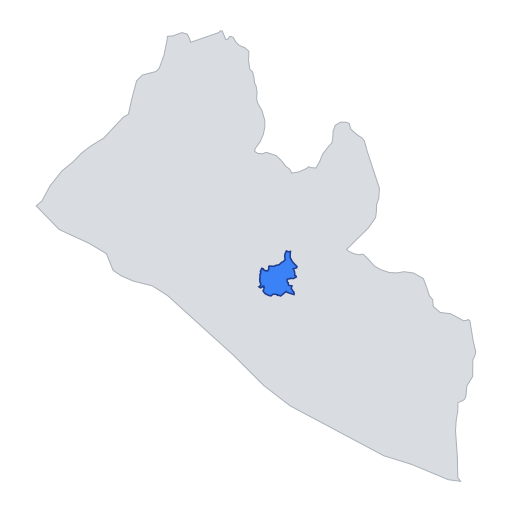 Doedain, River Cess, Liberia shown in context
{"feature_id": "62588387B34334652858528", "entity_name": "Doedain", "entity_type": "district", "adm_level": 2, "iso_a3": "LBR", "parent_name": "Liberia", "parent_adm1": "River Cess", "projection": "orthographic", "projection_center": [-9.275, 6.287], "detail": "fine", "context": "in_parent", "style": "filled", "palette": "blue", "viewbox_px": 512, "rotation_deg": 0, "n_neighbors": 0, "source": "geoboundaries", "source_scale": "gbopen_adm2", "svg_char_len": 4807}
<svg xmlns="http://www.w3.org/2000/svg" viewBox="0 0 512 512"><path d="M36.2,205.9L41.8,201.1L50.2,185.7L61.9,170.9L72.8,162.1L81.5,153.1L90.6,146.1L103.7,138.1L123.7,116.8L128.4,114.3L131.6,99.6L136.6,80.8L142.4,75.0L156.0,71.5L159.2,68.3L164.0,55.1L167.2,39.6L167.4,36.3L172.8,35.9L181.9,32.6L187.2,34.1L189.5,38.5L190.7,42.3L218.4,32.7L220.8,30.7L222.3,31.1L225.8,39.7L227.8,39.2L229.4,36.7L231.3,36.5L233.4,37.6L235.6,41.7L239.1,45.3L245.1,47.9L248.9,51.4L248.5,60.6L249.9,69.6L252.5,71.7L253.9,77.1L254.6,83.0L256.1,86.1L257.1,92.1L256.6,98.5L257.6,103.0L262.0,110.7L264.8,120.5L264.8,127.4L263.2,134.7L260.3,141.4L255.1,148.7L254.7,151.5L257.7,153.4L262.4,153.8L266.3,152.3L276.1,155.6L281.2,160.4L285.8,166.3L289.8,169.3L291.7,173.1L298.6,172.0L306.7,168.4L308.4,166.7L310.8,167.6L316.0,168.0L319.7,161.5L322.6,154.1L328.9,146.0L331.9,142.9L332.8,137.8L333.1,131.1L335.3,125.3L340.5,122.1L346.1,122.2L349.2,123.4L350.7,128.9L355.2,133.2L359.0,136.1L361.1,137.3L364.3,140.6L367.4,151.9L379.4,188.3L378.8,198.3L376.5,204.8L376.4,211.3L375.6,217.6L368.3,228.0L346.7,249.3L348.4,251.1L353.6,253.6L358.8,254.8L363.1,254.1L368.6,259.5L374.4,266.1L380.6,269.6L389.5,272.6L397.3,272.9L404.0,271.7L413.3,273.0L423.3,278.5L426.8,287.7L429.3,295.6L432.7,299.6L433.2,306.5L440.3,312.5L450.4,313.7L463.5,320.7L466.9,320.3L468.3,319.5L469.9,320.8L473.2,341.2L475.8,352.1L474.5,356.5L472.8,359.9L472.7,376.4L466.8,386.0L465.9,396.4L464.2,399.7L457.9,402.8L457.8,410.7L456.2,420.4L455.5,430.7L457.4,457.5L457.8,477.5L460.6,481.3L448.3,479.7L411.9,464.5L383.9,455.8L290.2,405.9L264.1,385.8L234.2,355.9L167.6,295.6L152.4,285.9L133.3,281.1L121.5,276.0L113.1,270.4L106.4,253.7L89.8,243.7L59.1,229.5L36.2,205.9Z" fill="#d9dde1" stroke="#a8b0b8" stroke-width="1"/><path d="M280.7,296.0L282.9,294.2L284.6,292.7L285.7,291.7L285.7,291.8L287.9,292.6L289.3,293.1L294.1,294.6L294.2,294.2L294.1,293.6L294.0,293.4L294.0,292.2L293.9,292.1L293.8,291.9L293.1,291.4L292.4,290.0L292.2,289.8L291.6,289.0L291.4,288.8L291.3,288.6L291.2,288.4L291.3,288.3L291.8,286.4L292.0,285.8L290.8,285.7L289.5,285.5L288.5,285.2L288.3,283.9L288.3,283.6L288.3,283.4L288.2,282.6L287.4,282.2L287.2,281.7L287.1,280.7L287.2,279.6L287.2,279.1L289.8,278.8L289.9,278.7L290.0,278.7L290.2,278.3L290.3,278.4L291.2,278.4L293.0,278.6L293.9,278.3L296.3,277.0L295.9,275.8L295.8,275.7L294.8,275.6L294.8,274.5L294.7,273.1L294.5,271.4L293.4,269.2L293.2,268.8L296.7,267.8L297.0,266.4L296.9,266.3L296.1,265.7L295.8,265.2L295.2,264.7L294.1,263.6L293.9,263.3L293.7,263.2L291.5,260.4L291.4,260.2L291.5,260.1L290.2,257.4L290.2,256.6L290.2,254.0L290.2,253.9L290.3,253.3L290.5,251.4L289.5,251.5L289.0,251.6L288.5,251.8L287.4,251.5L287.0,251.3L286.9,251.2L286.5,250.5L286.5,250.3L286.3,251.1L286.2,251.6L285.8,252.2L285.5,252.7L285.2,253.5L285.1,253.9L285.0,254.1L284.8,255.2L284.7,256.5L284.8,257.7L284.9,258.1L285.1,258.8L285.1,259.1L285.3,259.7L284.8,260.1L284.1,260.7L283.5,261.3L282.9,261.8L282.0,262.2L281.3,262.6L280.8,263.1L280.3,263.6L279.7,264.2L279.0,264.7L278.6,264.8L278.4,264.9L277.9,265.0L276.7,265.2L275.7,265.4L275.0,265.7L274.6,266.1L274.1,266.2L273.8,266.3L273.1,266.3L272.4,266.3L272.4,266.2L271.9,266.2L271.3,266.1L270.8,266.1L270.1,266.2L269.7,266.1L269.3,266.0L269.2,266.0L268.9,266.3L268.8,266.6L268.7,267.1L268.7,267.8L268.9,268.6L268.8,269.0L268.6,269.3L268.4,269.5L268.1,270.1L267.7,270.9L267.3,270.8L267.2,270.9L266.7,270.8L266.5,270.7L266.0,270.6L265.9,270.8L265.7,270.7L265.2,270.8L265.0,270.6L264.8,270.4L264.4,270.2L264.1,270.0L263.9,270.1L263.7,269.9L263.7,269.6L263.3,269.0L263.1,269.0L262.9,269.0L263.0,268.8L262.9,268.8L262.6,268.6L262.4,268.8L262.1,268.9L261.9,268.8L261.9,268.5L261.9,268.3L261.7,268.3L261.6,268.6L261.4,268.9L261.4,269.0L260.9,270.1L260.8,270.5L260.6,270.7L260.5,271.0L260.6,271.4L260.5,271.5L260.8,271.7L260.6,272.7L260.7,272.9L260.6,273.5L260.4,273.5L260.0,274.2L260.0,274.8L260.0,275.0L260.1,275.3L259.9,275.7L260.0,276.2L259.9,277.0L260.0,277.5L260.1,278.0L259.9,278.3L259.7,278.5L259.7,278.8L259.8,279.2L259.7,279.4L259.8,280.1L259.8,280.4L259.9,280.6L259.8,281.1L259.8,281.3L260.0,281.7L260.0,282.0L260.2,282.6L260.4,282.7L260.4,283.0L260.5,283.3L260.6,283.5L260.7,283.8L260.9,284.2L260.7,284.8L260.7,285.0L260.1,285.4L260.1,285.6L260.1,285.8L260.1,286.1L259.9,286.5L259.5,286.6L259.2,286.7L258.9,286.8L259.6,287.4L260.4,287.8L260.9,287.9L261.4,287.3L262.0,286.8L262.7,287.0L262.9,286.1L263.6,286.1L264.2,286.8L264.1,287.1L264.0,288.2L264.0,288.8L263.0,290.8L263.4,291.5L263.8,292.1L264.2,292.6L264.9,293.4L266.1,294.3L266.4,294.3L266.5,294.4L267.9,295.0L268.3,295.2L268.9,295.5L269.2,295.6L270.5,295.8L271.1,295.9L271.8,295.2L272.9,294.3L273.3,294.2L273.6,294.2L274.9,294.2L276.2,294.4L276.8,294.8L277.4,295.2L277.5,294.7L278.2,295.0L280.5,296.0L280.7,296.0Z" fill="#3b82f6" stroke="#1e3a8a" stroke-width="1.5"/></svg>